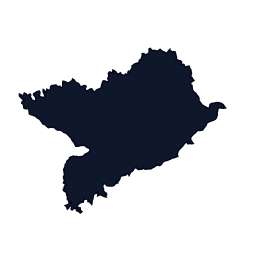 General Carneiro, Paraná, Brazil (Albers equal-area conic projection), rotated 258°
{"feature_id": "56859067B36674538841935", "entity_name": "General Carneiro", "entity_type": "district", "adm_level": 2, "iso_a3": "BRA", "parent_name": "Brazil", "parent_adm1": "Paraná", "projection": "albers", "projection_center": [-51.392, -26.479], "detail": "fine", "context": "isolated", "style": "filled", "palette": "ink", "viewbox_px": 256, "rotation_deg": 258, "n_neighbors": 0, "source": "geoboundaries", "source_scale": "gbopen_adm2", "svg_char_len": 5596}
<svg xmlns="http://www.w3.org/2000/svg" viewBox="0 0 256 256"><g transform="rotate(258 128 128)"><path d="M65.2,50.5L63.5,51.5L61.3,51.8L62.3,53.6L63.6,54.3L63.8,56.0L63.0,56.7L60.4,55.5L59.4,56.3L60.7,58.5L60.1,59.7L59.7,61.2L58.4,60.5L57.3,60.9L57.1,62.1L54.8,63.6L55.7,65.5L56.7,64.8L58.0,64.3L59.8,64.6L60.4,62.7L62.0,62.0L63.3,63.1L64.2,64.4L64.8,65.6L64.8,66.9L64.9,68.9L66.6,69.4L67.2,70.5L67.2,72.1L67.0,73.6L65.8,73.9L64.4,73.5L64.0,74.8L60.9,76.6L62.5,77.3L64.4,77.7L65.2,78.5L67.0,79.3L68.1,79.6L70.3,80.8L70.7,82.0L70.8,83.9L71.4,85.0L69.6,84.8L68.0,84.2L68.3,85.4L68.6,86.6L67.9,88.0L66.2,90.0L65.1,92.3L66.8,91.9L67.0,93.2L68.7,93.2L69.7,91.9L71.3,91.1L72.5,91.1L73.9,91.4L75.4,91.0L77.2,91.6L78.6,92.2L78.1,94.2L75.9,95.4L75.3,97.3L74.8,99.1L74.5,100.8L74.8,102.5L76.1,103.9L76.4,106.1L77.5,104.9L78.6,106.3L77.6,107.2L78.6,108.1L79.3,109.1L80.9,109.9L82.2,110.6L82.5,112.6L82.4,114.8L82.6,116.4L83.8,117.8L82.7,118.9L81.4,119.2L82.7,120.2L84.0,121.1L84.8,123.2L86.2,124.9L87.7,126.0L87.2,128.0L85.9,128.8L85.1,129.9L85.2,131.5L84.8,132.8L85.7,134.6L84.5,135.4L84.1,136.9L83.7,138.4L84.0,139.7L83.4,140.9L83.4,142.2L84.2,144.2L84.4,145.5L85.6,148.2L85.4,149.6L84.7,151.0L85.1,152.7L87.0,154.6L87.8,155.7L88.1,157.4L88.2,159.7L88.4,161.0L88.8,163.3L89.5,164.8L89.3,166.3L89.9,170.8L91.2,170.6L92.7,171.0L94.7,172.0L96.2,173.5L97.5,175.5L98.4,176.9L99.4,178.2L100.7,179.6L101.8,181.1L102.2,182.3L100.1,183.3L100.0,185.3L99.3,187.0L99.3,188.6L101.6,187.6L103.5,186.8L106.1,187.6L107.7,189.9L108.5,191.1L109.4,193.0L111.3,195.7L110.6,197.8L110.6,200.7L112.7,202.8L114.2,204.7L116.7,206.4L117.4,209.5L117.9,213.5L118.7,215.6L119.8,216.7L122.4,218.1L124.7,218.4L126.0,219.2L128.2,219.9L128.9,221.3L128.1,223.4L127.3,226.0L127.4,227.6L128.4,227.1L131.2,225.9L132.8,224.2L133.7,222.6L134.1,221.5L134.5,219.7L134.4,218.5L134.4,217.1L134.6,215.4L134.4,214.0L133.5,212.9L132.4,212.4L131.3,212.1L130.3,211.1L131.3,209.6L132.5,208.3L133.4,207.1L134.3,206.4L135.2,205.2L136.8,204.6L138.1,204.0L139.4,203.3L140.7,203.1L142.1,203.6L143.6,203.4L144.8,203.0L145.7,202.2L147.8,201.6L149.2,200.3L150.8,199.4L152.0,199.0L153.4,199.1L154.9,199.2L156.1,199.5L157.3,198.5L158.6,198.4L159.9,199.5L160.3,201.3L160.9,202.4L162.1,201.6L163.9,201.1L165.1,200.2L166.4,200.4L168.0,201.4L169.6,201.4L171.7,201.6L173.3,200.9L174.5,200.7L175.7,200.7L176.0,199.5L175.8,198.2L175.7,197.0L176.6,196.1L177.9,196.1L178.8,195.3L178.6,193.6L180.4,193.7L181.7,194.1L183.0,193.0L183.5,191.5L184.4,190.4L185.1,189.4L187.0,190.2L189.1,190.0L190.9,190.0L192.5,190.0L193.3,188.1L193.2,186.8L194.3,186.3L194.5,185.0L196.1,185.3L195.4,184.1L194.4,183.0L193.5,182.1L192.9,180.8L193.9,180.3L194.7,179.5L195.3,178.5L196.1,177.3L197.2,176.6L198.3,175.7L197.5,174.1L197.1,172.5L197.8,171.3L198.5,170.0L198.2,168.4L200.0,166.9L201.2,166.4L201.0,165.1L199.4,164.7L197.8,164.5L196.8,163.6L196.2,162.5L196.1,161.1L196.3,159.7L197.5,158.9L197.8,157.4L196.3,157.1L195.0,156.6L193.6,155.5L191.9,155.2L192.2,153.5L190.9,152.8L189.7,152.4L189.5,150.8L189.5,149.3L189.2,147.7L188.4,146.2L188.0,144.9L186.6,144.6L185.5,144.4L184.6,143.3L183.6,142.1L182.5,141.8L183.5,140.3L182.6,139.5L181.2,139.3L180.5,137.9L181.4,136.6L179.8,135.4L180.9,134.0L181.8,132.5L183.5,132.2L183.1,130.6L182.6,129.3L183.5,128.6L184.6,128.1L185.7,127.5L186.9,126.5L187.8,125.3L186.5,124.9L185.0,124.3L185.8,123.2L186.7,121.7L185.7,120.2L183.8,120.2L181.9,119.5L180.5,118.4L179.3,119.0L178.1,119.0L177.4,117.5L178.1,116.2L178.9,115.0L179.2,113.5L178.1,112.6L176.7,111.9L175.4,111.1L173.9,110.6L172.6,109.6L172.2,108.0L172.1,106.2L171.5,104.9L170.7,103.9L170.4,102.1L172.1,101.4L173.9,100.6L173.9,98.9L173.2,97.3L172.9,95.6L173.6,94.5L174.9,93.9L176.0,94.8L177.3,95.7L178.3,95.3L178.7,93.5L177.9,91.4L178.9,89.8L180.5,89.3L181.6,89.0L182.9,87.6L183.5,86.4L184.7,85.8L186.3,85.2L187.4,84.0L185.9,83.0L185.2,81.2L184.5,79.6L184.7,78.3L185.8,76.8L186.8,75.4L187.3,74.2L185.5,73.5L183.4,73.1L181.9,72.5L180.8,70.8L182.0,70.5L183.1,70.0L182.9,67.8L184.0,67.3L185.0,66.5L185.3,62.1L184.6,61.0L181.7,60.0L181.0,59.0L182.7,56.7L180.6,56.0L179.6,54.7L181.8,54.3L183.2,53.1L182.0,52.6L180.4,52.6L177.6,53.3L176.0,53.2L175.3,52.1L176.8,48.5L177.7,47.7L178.8,48.5L181.4,49.3L182.7,48.8L182.3,45.8L181.5,44.2L181.2,42.9L180.1,42.5L177.4,44.0L175.2,43.8L173.4,43.3L174.4,41.6L175.0,39.9L177.2,39.6L178.6,38.6L180.5,39.7L181.6,39.3L181.2,37.9L180.7,36.6L181.6,35.6L182.8,35.3L183.7,33.8L181.8,32.6L181.3,31.2L182.6,30.6L183.7,28.9L182.0,28.4L179.7,29.7L177.5,31.5L176.4,32.3L176.1,30.2L174.3,29.2L173.4,30.4L171.9,30.5L169.2,30.3L168.0,32.1L167.9,34.2L166.2,34.9L164.7,34.7L162.4,34.4L161.4,35.4L160.4,37.6L159.2,39.0L158.7,40.3L157.2,40.9L154.9,43.4L153.2,44.2L150.9,45.2L149.5,45.7L149.1,47.3L148.0,47.7L146.6,48.9L144.9,50.1L144.9,52.8L144.3,54.6L143.3,56.7L142.1,57.1L140.7,58.5L140.2,60.6L138.9,63.0L136.8,64.5L136.1,66.1L134.7,67.3L129.8,70.3L127.0,71.0L125.5,71.8L124.5,72.3L122.3,72.8L121.1,73.0L120.5,75.2L120.7,78.4L120.1,81.3L119.2,82.8L117.9,83.4L116.3,85.6L115.4,86.7L113.1,85.6L111.9,83.3L111.1,80.0L109.6,79.7L110.2,78.6L109.0,78.2L109.9,76.1L109.3,75.0L110.2,74.1L110.1,72.9L111.0,71.7L110.9,70.1L111.8,69.2L111.6,66.6L111.2,64.7L110.1,64.4L109.0,62.8L108.2,61.2L106.7,60.8L105.5,59.1L103.0,58.2L101.2,56.7L99.7,56.3L98.2,56.5L96.8,56.1L95.4,56.5L94.2,55.0L92.6,54.6L90.9,54.8L89.4,54.8L87.8,53.4L86.6,54.6L85.5,55.8L84.6,54.1L83.2,53.1L82.1,53.6L81.4,51.8L79.6,52.3L77.7,54.5L75.4,54.0L74.0,54.5L71.9,54.1L70.7,53.9L69.7,54.7L67.8,54.7L67.1,55.8L68.1,56.5L66.5,57.2L66.0,56.0L66.2,54.2L65.4,52.9L65.2,50.5Z" fill="#0f172a" stroke="#020617" stroke-width="1.5"/></g></svg>